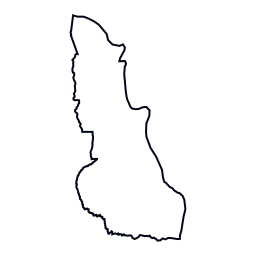 outline of Sene East, Brong Ahafo, Ghana
{"feature_id": "2480657B21050367867823", "entity_name": "Sene East", "entity_type": "district", "adm_level": 2, "iso_a3": "GHA", "parent_name": "Ghana", "parent_adm1": "Brong Ahafo", "projection": "equal_earth", "projection_center": [-0.307, 7.665], "detail": "fine", "context": "isolated", "style": "outline", "palette": "ink", "viewbox_px": 256, "rotation_deg": 0, "n_neighbors": 0, "source": "geoboundaries", "source_scale": "gbopen_adm2", "svg_char_len": 5417}
<svg xmlns="http://www.w3.org/2000/svg" viewBox="0 0 256 256"><path d="M146.3,123.7L149.3,116.0L149.6,110.4L146.4,107.0L144.4,107.0L141.7,107.6L138.9,108.9L135.8,109.2L131.9,108.5L130.1,106.3L129.1,103.6L127.4,99.9L126.7,97.3L125.8,91.5L124.2,73.7L124.4,72.1L124.8,66.3L125.7,65.3L126.0,63.3L124.9,61.0L119.4,61.3L120.0,58.4L124.4,50.3L124.9,47.5L122.9,44.4L119.5,45.9L112.5,44.5L108.1,40.2L106.7,34.0L98.9,24.8L94.7,21.8L88.9,18.7L83.7,16.7L77.9,16.7L73.5,15.6L73.1,15.4L71.2,30.3L71.1,30.8L70.9,31.0L70.9,31.3L70.9,31.5L70.7,31.9L70.6,32.6L70.9,34.0L71.1,34.1L71.1,34.4L71.2,34.6L70.9,35.3L77.6,54.1L76.4,53.9L75.9,54.2L75.3,54.7L75.2,56.0L74.9,57.2L72.4,60.0L73.2,61.2L73.4,61.7L73.3,62.5L73.1,63.4L73.4,66.0L73.2,66.6L72.8,67.1L72.3,69.9L72.9,72.6L73.4,72.6L74.1,73.1L74.3,74.6L73.3,77.8L73.7,79.1L74.3,80.6L75.4,82.7L75.4,83.9L74.8,86.0L75.1,88.5L75.2,90.0L75.2,91.3L74.8,92.3L73.9,93.5L74.0,94.0L74.4,95.1L74.4,95.5L74.6,96.0L74.5,97.1L74.0,97.3L73.5,98.0L73.4,99.1L73.8,99.8L74.3,100.1L78.9,100.2L79.0,100.8L79.2,101.4L79.2,101.7L79.1,102.2L79.1,103.3L78.5,103.9L78.1,104.7L77.9,105.8L77.8,106.1L77.4,106.5L76.6,107.4L76.6,108.4L76.4,109.0L75.8,109.3L75.1,110.1L75.0,110.7L75.1,111.2L75.5,112.1L77.4,113.6L77.3,114.3L77.3,115.2L77.1,115.8L77.1,117.6L77.5,118.4L77.7,119.0L78.4,119.9L78.8,120.7L79.0,122.1L80.3,123.2L80.6,123.6L80.6,124.3L79.9,125.8L82.0,129.3L82.2,131.9L92.5,131.9L92.7,135.2L92.9,135.9L93.0,136.4L93.1,138.3L92.8,139.6L92.8,140.9L92.4,142.6L92.6,142.9L92.4,143.8L92.5,145.5L91.9,148.6L91.6,149.4L90.9,150.9L90.5,152.4L90.9,153.7L90.8,154.7L90.9,155.9L91.2,157.3L91.6,157.7L91.6,158.9L91.6,159.1L92.4,159.0L93.5,159.1L94.0,158.9L94.9,159.0L95.4,158.9L96.4,159.1L97.0,159.0L96.9,159.4L96.1,160.2L95.4,160.6L94.5,161.5L93.4,162.2L93.2,162.2L92.5,162.9L92.5,163.2L92.4,163.2L92.3,163.3L92.0,163.4L91.5,163.8L91.3,164.2L90.7,164.6L90.4,164.4L90.3,164.5L90.1,164.4L89.5,164.6L88.8,165.0L88.4,165.7L88.1,166.0L87.9,166.1L87.6,166.1L87.4,165.9L87.2,166.0L87.1,165.9L86.8,166.0L86.5,166.3L86.3,166.3L85.7,166.6L85.3,166.8L85.1,166.8L84.7,166.8L84.3,167.2L83.3,167.7L83.0,168.1L82.9,168.4L82.9,168.8L82.4,169.2L82.2,169.5L81.0,170.7L81.0,170.9L80.8,171.2L80.7,171.1L80.6,171.4L80.3,171.6L79.7,172.4L79.4,172.6L79.3,172.9L79.4,173.1L78.9,173.9L78.6,174.6L78.6,175.0L78.5,175.3L78.1,175.7L78.0,175.9L77.8,175.9L77.8,176.1L77.6,176.6L77.4,177.4L77.2,178.0L77.1,179.2L76.9,179.9L76.5,180.4L76.4,181.1L76.4,182.4L76.6,183.0L76.1,183.6L76.2,184.0L76.7,184.5L76.8,185.3L76.5,185.8L76.4,186.5L76.3,186.8L76.4,187.3L76.9,188.5L77.1,188.7L77.3,188.9L77.5,189.7L77.7,190.0L77.8,190.5L78.0,191.2L78.1,191.5L78.3,192.6L78.3,192.8L78.7,193.9L78.9,193.9L79.0,194.7L79.0,195.0L79.3,195.5L79.4,196.0L79.6,196.1L79.6,196.3L79.9,196.7L80.0,196.9L80.0,197.2L79.9,197.5L80.0,198.2L79.8,198.6L79.9,198.8L80.4,199.2L80.6,199.6L80.9,199.7L81.2,200.0L81.5,200.7L81.5,201.2L82.2,202.0L82.2,202.5L82.2,202.8L82.2,203.9L82.3,204.0L82.5,204.3L82.8,204.4L82.9,204.5L82.9,204.8L83.0,205.0L83.0,205.4L82.8,205.9L82.8,206.1L82.9,206.3L83.0,206.5L83.2,207.3L83.5,207.6L83.8,207.8L83.9,208.0L84.0,208.2L84.4,208.8L84.5,209.2L84.7,209.3L85.0,209.3L85.3,209.2L85.4,208.8L85.6,208.7L86.0,208.8L86.4,208.8L86.6,208.7L86.8,208.8L87.0,208.6L87.5,208.7L87.7,209.1L87.9,209.1L88.3,209.3L88.7,209.4L88.4,211.0L88.7,211.3L88.8,211.4L88.8,211.9L89.0,212.0L89.3,212.3L89.5,212.3L89.6,212.5L90.1,213.0L90.7,213.0L91.0,212.8L91.5,213.0L91.8,212.9L92.3,213.5L92.9,213.5L93.0,213.7L92.7,213.9L92.7,214.3L93.2,214.7L93.7,214.8L93.8,215.0L93.8,215.3L93.7,215.6L93.9,215.7L94.1,215.7L94.4,215.4L94.4,215.1L94.8,215.2L95.3,215.0L95.7,214.8L96.2,214.7L96.3,214.8L96.4,215.6L96.6,216.2L96.9,216.3L97.2,216.3L97.4,216.4L97.6,216.5L97.7,216.4L97.8,216.1L98.4,215.3L98.5,215.3L98.8,215.4L99.9,215.0L100.0,215.9L100.4,215.7L100.5,215.8L100.5,216.2L100.7,216.5L101.3,216.6L101.5,216.8L101.7,216.7L101.9,216.8L101.9,217.1L102.3,217.2L102.2,217.5L102.3,217.7L102.3,217.9L102.7,218.7L103.2,218.9L103.5,218.8L103.9,218.8L104.0,218.9L104.5,219.0L104.5,219.5L104.4,220.0L104.4,220.3L104.6,220.7L104.6,221.1L104.9,221.6L104.8,222.4L104.7,223.1L105.1,223.7L105.2,224.4L105.2,225.8L105.7,226.7L105.6,227.4L105.4,227.6L105.4,227.8L105.7,228.1L106.3,229.0L107.0,229.1L107.5,229.0L107.8,229.2L107.7,229.4L107.7,229.9L107.7,230.1L107.6,231.5L107.9,231.8L108.4,233.7L108.8,233.8L110.0,232.8L111.2,231.9L111.5,231.3L112.1,231.7L112.0,232.0L112.3,232.6L112.3,233.7L112.3,234.3L113.4,233.9L114.4,233.7L114.7,233.5L114.9,233.5L115.6,233.5L116.6,233.9L117.7,234.0L118.2,233.4L118.3,233.4L118.4,233.6L118.3,234.2L118.4,234.7L118.7,234.8L119.4,234.1L120.1,234.3L120.5,234.3L121.0,234.2L121.3,234.3L121.5,234.5L121.9,235.1L122.0,235.5L122.7,235.4L123.4,234.5L123.7,234.3L124.0,234.4L124.8,235.3L126.0,235.4L127.3,235.7L129.0,235.5L130.7,235.4L131.7,236.0L132.3,237.7L133.6,238.5L134.5,239.0L136.2,238.4L138.5,237.0L140.0,235.1L142.3,235.4L144.3,236.2L146.5,235.8L148.2,236.3L149.7,235.6L150.8,237.4L152.5,238.1L153.8,237.6L155.0,238.6L155.8,238.6L157.5,240.6L160.4,240.3L162.7,238.4L164.2,239.0L165.5,239.3L167.6,238.2L169.8,237.9L172.0,238.2L176.5,238.9L178.8,239.1L179.9,238.9L179.9,235.8L181.5,229.9L183.5,217.0L185.4,209.1L184.3,199.8L182.6,195.9L179.3,192.9L178.2,193.0L174.4,190.6L172.1,188.0L169.9,187.1L165.8,182.7L164.3,181.9L163.0,177.5L162.0,169.8L156.2,156.8L150.5,147.8L146.5,136.9L146.0,131.8L146.2,128.4L146.3,123.7Z" fill="none" stroke="#020617" stroke-width="2"/></svg>